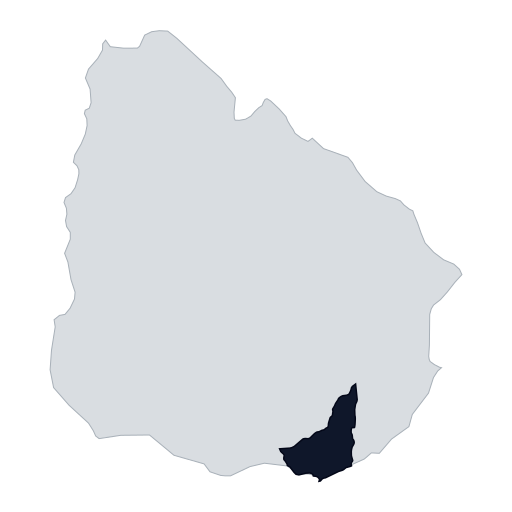 Maldonado on a map of Uruguay (orthographic projection)
{"feature_id": "URY-20", "entity_name": "Maldonado", "entity_type": "Department", "adm_level": 1, "iso_a3": "URY", "parent_name": "Uruguay", "parent_adm1": "", "projection": "orthographic", "projection_center": [-54.808, -34.45], "detail": "fine", "context": "in_parent", "style": "filled", "palette": "ink", "viewbox_px": 512, "rotation_deg": 0, "n_neighbors": 0, "source": "natural_earth", "source_scale": "10m", "svg_char_len": 3809}
<svg xmlns="http://www.w3.org/2000/svg" viewBox="0 0 512 512"><path d="M441.5,367.7L437.7,371.0L433.5,377.5L428.5,393.1L412.3,414.4L408.9,426.6L391.5,439.1L379.3,453.3L371.4,452.9L364.3,459.0L323.3,477.5L308.6,474.0L297.7,474.1L287.5,466.0L264.4,463.2L250.0,466.6L230.6,475.8L224.8,475.8L220.6,475.4L210.0,471.8L204.1,463.9L174.0,455.3L149.5,435.0L120.9,435.3L99.1,438.6L95.7,436.0L93.3,430.7L88.5,423.1L69.1,405.3L53.6,387.6L50.1,369.8L51.5,350.2L55.2,326.9L54.1,319.7L59.5,315.4L65.0,314.4L70.1,308.2L74.5,299.0L75.1,292.2L71.0,279.6L67.9,262.0L64.6,253.3L70.3,239.2L70.3,232.4L66.6,226.6L65.5,220.5L66.9,214.2L66.4,208.2L64.0,202.5L65.5,197.6L71.0,193.7L75.1,187.7L77.6,179.8L78.9,173.8L78.8,169.7L77.0,165.8L73.4,162.3L74.8,155.0L81.2,143.9L85.3,134.1L87.1,125.6L86.8,118.8L84.4,113.7L85.2,110.2L89.3,108.2L91.1,102.7L90.1,89.1L85.4,78.0L88.5,69.1L97.7,58.5L102.5,50.1L102.7,43.8L105.6,40.1L110.3,46.7L123.8,48.2L137.4,48.1L139.6,46.3L144.7,35.1L151.7,31.7L159.3,30.7L167.7,31.1L176.8,38.3L202.4,62.0L221.1,78.5L226.8,86.4L231.7,92.2L235.4,97.7L234.0,112.1L234.3,118.4L235.2,120.2L239.4,120.3L245.6,119.2L250.9,116.1L254.9,111.4L258.9,107.6L262.1,105.6L263.3,102.5L265.1,99.4L267.0,98.7L270.7,101.0L279.3,109.1L286.0,116.7L287.7,121.0L290.3,125.5L293.0,129.4L295.0,133.3L301.4,138.2L308.0,141.4L312.3,138.2L323.5,148.6L347.9,157.3L352.4,162.6L356.6,170.1L365.1,181.5L376.8,191.7L386.3,196.1L395.3,198.6L400.4,200.9L403.9,204.9L409.4,209.2L412.8,210.8L414.0,214.5L417.5,222.8L421.1,233.3L425.1,243.0L433.8,252.4L443.6,259.8L453.8,264.1L459.5,269.3L461.9,274.6L454.9,282.3L447.3,292.0L440.5,299.6L433.6,305.0L431.3,308.7L429.7,314.4L429.4,345.0L428.7,356.4L429.2,359.4L430.1,361.5L434.4,364.6L439.4,367.2L441.5,367.7Z" fill="#d9dde1" stroke="#a8b0b8" stroke-width="1"/><path d="M351.6,465.8L350.7,466.3L346.0,467.6L343.5,469.7L342.0,470.4L338.7,471.4L325.5,477.8L323.9,478.1L322.4,478.7L320.4,481.0L319.0,481.3L319.3,480.3L319.5,479.8L319.5,479.4L318.7,478.1L317.7,477.1L316.3,476.4L313.3,476.0L313.1,475.7L313.2,475.1L312.7,474.3L311.9,473.7L311.2,473.3L309.6,473.0L305.9,473.2L298.9,474.9L296.0,474.3L294.0,472.3L290.0,467.0L287.3,465.5L287.2,464.8L287.1,464.1L286.4,462.9L284.9,460.6L284.3,460.1L284.1,459.7L283.8,459.2L283.8,458.4L283.8,457.8L284.2,455.5L284.0,454.8L283.6,454.2L282.7,453.3L281.6,452.4L280.7,451.4L279.6,448.8L289.9,448.1L291.9,447.6L293.7,446.7L294.3,446.4L302.9,439.0L303.8,438.7L304.4,438.6L305.5,438.5L307.9,438.7L308.9,438.5L309.4,438.4L310.3,437.7L314.5,433.6L315.9,432.6L317.0,432.0L318.6,431.8L319.6,431.5L321.9,430.3L323.3,430.0L324.0,429.8L324.7,429.3L325.8,428.3L327.2,427.6L327.7,427.3L328.0,426.8L328.3,425.9L328.4,423.9L328.6,422.8L330.0,418.2L330.2,417.6L330.6,417.1L331.3,416.6L331.8,416.2L332.2,415.6L332.5,414.7L332.7,412.8L332.9,412.3L332.9,411.7L333.0,411.2L332.9,410.9L332.8,410.5L332.6,409.9L332.6,409.6L332.8,408.8L334.5,406.0L335.6,403.4L337.9,400.0L338.2,399.3L338.4,398.8L338.8,398.2L339.6,397.5L341.2,396.4L342.1,396.0L342.9,395.7L346.7,395.2L348.5,394.5L349.0,394.0L349.6,393.0L350.6,390.9L351.3,388.8L351.3,388.2L351.5,387.7L352.4,386.4L355.6,384.0L357.2,399.7L357.1,400.2L356.9,401.2L356.7,401.7L355.9,403.4L355.7,403.9L355.5,404.4L354.7,409.6L354.9,415.3L355.2,416.9L355.3,419.0L355.0,424.6L354.6,427.2L354.4,427.5L353.9,427.7L353.5,427.6L353.1,427.5L352.5,427.5L352.0,427.7L351.4,428.9L351.2,430.0L351.1,431.8L351.2,432.7L351.4,433.4L351.9,434.1L352.1,434.7L352.3,435.6L352.5,438.0L352.6,438.7L352.8,439.1L353.5,439.9L353.8,440.5L354.1,441.6L354.2,442.4L354.1,443.1L354.0,443.6L353.6,444.5L352.4,446.6L352.1,447.2L351.5,449.7L351.3,451.7L351.4,455.5L351.6,456.5L352.6,460.0L352.7,460.5L352.6,460.9L352.4,461.3L351.8,462.1L351.5,462.6L351.2,463.5L351.2,464.3L351.2,464.8L351.6,465.7L351.6,465.8Z" fill="#0f172a" stroke="#020617" stroke-width="1.5"/></svg>